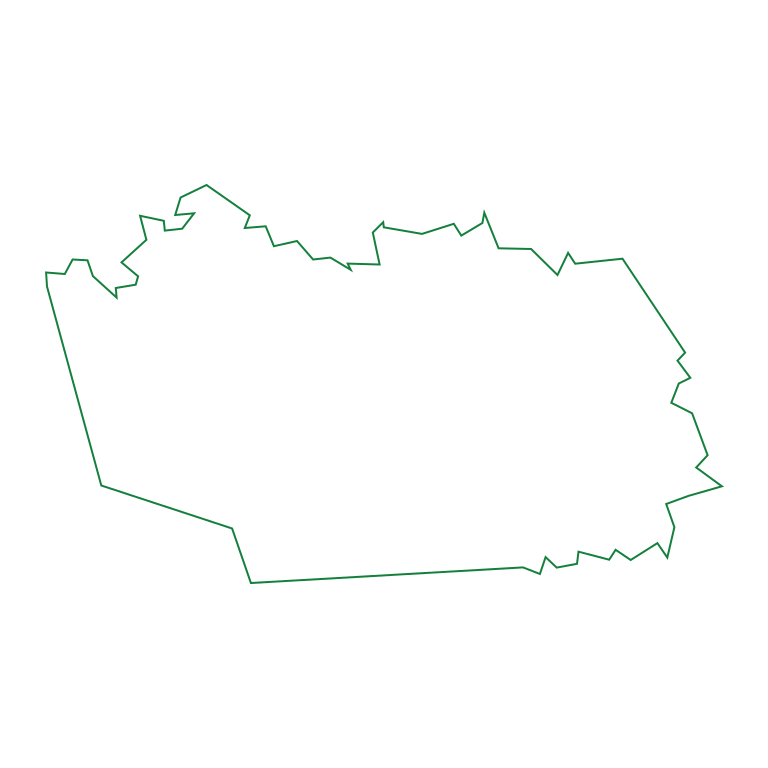 outline of Grayson, Kentucky, United States of America
{"feature_id": "52423323B38332409828976", "entity_name": "Grayson", "entity_type": "district", "adm_level": 2, "iso_a3": "USA", "parent_name": "United States of America", "parent_adm1": "Kentucky", "projection": "mercator", "projection_center": [-86.327, 37.472], "detail": "fine", "context": "isolated", "style": "outline", "palette": "green", "viewbox_px": 768, "rotation_deg": 0, "n_neighbors": 0, "source": "geoboundaries", "source_scale": "gbopen_adm2", "svg_char_len": 973}
<svg xmlns="http://www.w3.org/2000/svg" viewBox="0 0 768 768"><path d="M577.0,563.8L578.5,551.7L609.2,559.7L615.6,549.8L630.7,560.0L657.4,543.1L667.3,557.6L674.4,527.2L666.2,504.0L688.4,495.9L721.9,486.3L696.2,467.5L707.6,455.2L692.1,413.3L671.3,402.8L678.8,383.5L690.3,377.8L677.5,360.6L685.1,352.6L622.5,258.7L575.2,263.7L568.1,252.9L557.5,275.0L531.1,249.0L498.6,248.3L484.3,212.7L482.4,223.0L461.3,235.6L453.8,223.8L422.0,233.9L383.8,227.3L383.2,222.2L372.8,232.5L379.6,264.5L347.7,263.6L350.7,269.8L330.4,257.6L313.1,259.5L297.0,241.0L273.9,246.2L265.7,226.3L244.8,228.0L249.8,215.3L206.5,185.0L180.6,197.5L175.2,215.0L194.1,213.3L182.2,228.7L164.8,230.6L163.8,220.8L140.1,215.8L146.4,239.8L121.5,262.4L138.1,276.3L135.7,284.7L115.8,288.0L116.6,297.6L92.9,276.1L87.5,260.3L72.6,259.5L64.8,274.0L46.1,272.5L47.0,286.5L101.3,485.5L232.1,528.5L250.9,583.0L523.0,567.4L539.9,574.0L545.6,557.1L556.7,567.6L577.0,563.8Z" fill="none" stroke="#15803d" stroke-width="2"/></svg>